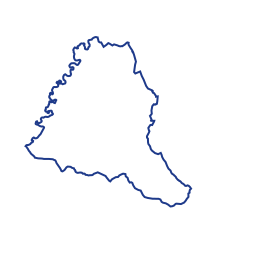 the district of Almas, Arad, Romania, rotated 301°
{"feature_id": "2599482B18318640394861", "entity_name": "Almas", "entity_type": "district", "adm_level": 2, "iso_a3": "ROU", "parent_name": "Romania", "parent_adm1": "Arad", "projection": "mercator", "projection_center": [22.225, 46.251], "detail": "fine", "context": "isolated", "style": "outline", "palette": "blue", "viewbox_px": 256, "rotation_deg": 301, "n_neighbors": 0, "source": "geoboundaries", "source_scale": "gbopen_adm2", "svg_char_len": 5658}
<svg xmlns="http://www.w3.org/2000/svg" viewBox="0 0 256 256"><g transform="rotate(301 128 128)"><path d="M108.5,213.3L109.4,211.3L109.7,209.8L109.5,208.6L108.4,207.8L107.9,206.9L108.4,205.3L108.6,203.7L108.5,203.0L108.6,202.1L109.0,201.2L109.3,200.2L109.0,199.4L109.4,198.1L109.2,197.6L110.0,195.1L110.6,194.4L111.0,193.0L111.1,192.2L111.5,190.9L111.4,189.7L112.0,188.1L113.4,186.4L114.0,183.6L115.5,181.2L118.2,177.7L119.2,174.8L120.7,172.3L122.4,170.5L123.5,168.9L121.1,167.3L120.4,164.1L121.0,160.0L121.8,158.3L123.7,156.3L124.8,153.7L126.0,152.6L129.2,150.5L129.5,149.3L130.7,148.5L134.6,148.3L136.3,148.0L136.8,147.1L138.5,145.4L139.0,145.4L142.0,145.6L142.6,146.2L143.0,147.2L147.0,147.0L147.7,146.8L146.1,144.1L146.3,143.8L146.8,143.8L147.1,144.2L149.7,140.6L151.5,141.0L152.5,141.0L155.1,139.1L159.1,137.6L159.7,137.6L161.6,137.9L161.8,138.9L162.4,139.1L162.4,139.6L163.6,140.3L166.1,139.3L170.4,137.2L169.3,135.9L169.8,135.6L171.3,132.4L171.1,131.2L171.6,130.8L171.7,130.1L172.5,130.1L172.7,129.3L172.1,124.8L173.4,121.9L177.5,116.5L179.7,113.0L182.7,109.3L178.5,106.2L179.1,104.4L185.9,101.5L189.0,100.6L193.8,95.5L195.4,93.6L195.2,93.4L195.6,92.6L195.9,92.8L196.7,91.6L197.9,89.0L199.7,85.6L200.8,84.8L201.4,84.6L201.2,83.8L201.0,83.3L199.8,82.8L197.9,82.3L195.2,81.0L195.1,80.6L194.2,79.6L193.8,78.8L193.5,77.8L193.4,76.5L192.5,73.0L190.7,72.1L190.8,68.9L190.6,67.4L187.9,66.6L185.0,65.3L187.5,61.0L187.4,60.9L186.9,59.8L186.9,59.2L187.0,58.3L190.0,55.3L189.7,54.9L189.5,53.7L188.7,52.8L187.4,51.9L186.1,51.4L185.1,51.4L183.3,49.3L182.8,49.1L182.3,49.1L181.1,49.9L180.5,50.7L179.8,52.1L178.4,52.9L177.7,52.9L177.3,52.6L176.8,52.5L175.2,53.0L174.3,52.6L173.7,51.1L173.7,50.6L173.9,50.2L174.6,49.9L175.5,49.0L176.1,47.8L177.1,47.7L177.7,47.4L177.8,47.1L177.8,46.5L177.1,45.9L176.8,45.4L176.7,44.8L175.7,43.9L174.3,43.9L173.5,43.6L173.2,43.3L172.0,42.8L171.5,42.9L170.9,43.8L170.6,44.0L170.3,43.8L169.9,43.3L169.8,41.8L169.6,40.9L168.3,40.7L167.0,40.8L166.4,41.1L165.9,41.9L164.9,42.4L164.5,43.2L163.9,44.0L162.5,44.4L161.1,45.0L159.9,46.1L159.1,47.5L159.0,48.3L159.6,49.5L160.5,50.4L161.3,51.1L161.6,51.6L161.4,52.3L161.0,52.6L160.5,52.7L157.2,52.6L156.4,52.5L156.1,52.3L155.7,51.4L155.9,50.2L156.0,49.0L155.7,48.2L154.4,46.3L153.8,45.9L152.3,45.6L151.3,45.6L150.7,46.1L150.1,47.2L150.3,47.8L151.5,48.9L151.7,49.3L151.7,50.0L151.5,50.3L150.4,50.9L149.8,50.9L149.3,50.3L149.2,50.1L149.3,49.9L149.0,49.4L148.6,49.1L147.9,49.0L146.7,49.7L145.7,50.5L144.9,51.4L143.5,51.7L143.1,51.6L142.8,51.4L142.0,50.5L141.5,49.3L141.5,48.2L141.7,47.4L141.7,46.5L140.5,45.9L138.8,46.0L138.2,46.3L136.9,47.2L136.2,48.2L136.2,49.1L135.9,50.2L135.1,50.9L133.9,51.2L131.9,49.5L131.8,49.1L132.1,47.6L131.9,47.3L131.3,47.2L131.0,46.8L131.1,46.6L131.6,46.5L132.1,46.9L133.5,46.6L133.6,45.4L133.3,44.8L132.3,44.6L131.8,44.8L131.5,44.7L131.4,44.0L131.1,43.5L130.3,43.4L130.0,43.5L129.9,43.8L129.9,44.7L129.2,45.9L128.1,46.5L127.5,46.5L127.0,46.3L126.1,45.4L125.3,43.9L124.7,43.2L124.3,43.1L121.9,43.2L121.3,43.4L120.8,43.8L120.0,45.0L119.2,45.8L118.7,46.0L118.0,45.9L117.8,45.6L118.4,44.1L118.3,43.6L117.6,43.3L117.4,43.3L116.6,43.8L116.2,44.2L115.0,44.1L114.1,44.4L113.5,45.0L113.4,45.7L112.8,46.5L112.7,47.4L112.5,48.2L112.5,49.0L112.8,49.7L114.7,50.8L115.0,51.3L115.1,51.6L115.0,52.1L114.5,52.3L113.8,52.1L112.6,52.5L111.7,52.5L111.5,51.8L111.7,50.5L111.3,49.8L110.6,49.0L110.8,48.3L110.6,47.6L110.4,47.1L109.7,47.1L109.3,47.4L109.3,47.7L107.7,47.9L107.7,48.1L107.5,48.3L106.5,48.1L105.3,48.5L104.4,48.3L103.7,47.4L103.3,47.1L102.3,47.5L101.8,47.9L101.1,47.8L100.5,47.9L100.0,48.4L99.8,48.8L99.8,49.1L99.8,49.3L100.5,50.2L100.5,50.3L99.6,51.1L99.6,51.8L99.7,52.0L100.1,52.3L100.9,52.2L101.0,51.9L101.0,51.4L101.3,51.2L101.5,51.2L101.9,51.4L102.1,51.8L103.0,52.8L103.3,53.2L103.3,53.4L103.3,53.8L103.0,54.2L102.1,54.7L101.9,55.1L101.8,55.8L101.5,56.3L101.1,56.5L100.1,56.2L98.5,54.8L98.0,54.8L96.7,54.1L96.1,53.5L95.6,52.6L95.5,52.0L95.0,51.3L94.1,50.6L93.4,50.3L92.9,49.1L92.3,48.6L91.2,48.5L90.4,49.0L89.8,50.2L89.4,50.5L88.6,50.6L86.9,49.7L86.1,48.9L86.0,48.3L86.2,47.6L86.9,46.6L86.5,46.2L86.1,46.0L84.6,46.4L84.1,46.6L83.9,46.9L83.9,47.8L84.2,48.5L84.3,49.1L84.3,51.7L84.5,52.2L84.6,52.9L85.4,54.1L85.5,54.7L85.4,55.6L85.0,55.9L77.8,56.2L77.2,56.2L76.8,55.9L73.0,55.4L71.9,54.6L71.5,54.0L71.3,53.7L71.2,53.2L71.4,52.8L71.3,52.1L70.6,51.7L69.9,51.5L68.2,51.6L67.9,51.8L67.8,52.1L68.1,52.7L68.1,53.3L67.3,53.6L66.6,53.5L65.7,52.8L64.7,52.6L63.8,52.5L62.3,51.5L61.0,49.8L59.7,49.6L59.7,50.3L58.9,52.0L58.7,52.6L57.5,54.6L56.7,56.9L56.3,57.4L55.9,58.6L55.6,60.9L55.4,61.4L55.4,62.1L54.8,63.2L54.6,63.4L55.7,66.6L57.5,70.0L58.2,71.9L60.7,76.0L61.5,77.7L61.9,78.4L62.5,79.7L62.5,80.6L62.8,82.3L62.3,83.3L61.1,84.8L58.5,90.6L56.8,93.2L57.1,94.2L59.2,95.2L62.5,95.5L63.8,96.1L64.0,96.4L65.2,98.9L65.0,100.2L65.4,101.9L65.6,102.4L64.8,103.4L64.7,104.3L64.4,104.8L63.7,105.2L63.4,105.9L63.4,107.1L63.7,108.1L64.9,109.5L65.4,110.2L65.5,110.8L65.9,111.3L65.6,113.0L66.2,113.6L66.5,114.3L66.4,114.9L66.0,115.7L66.7,117.2L67.0,118.6L67.8,119.5L69.1,121.5L69.9,122.0L71.1,122.3L74.4,124.9L74.6,126.7L75.3,133.5L74.6,135.0L73.1,139.0L73.1,140.3L75.8,140.7L79.5,142.8L80.9,144.7L82.9,145.0L84.8,146.2L86.3,147.3L87.2,149.5L85.4,151.0L85.1,153.3L83.2,155.3L82.1,157.6L83.1,158.6L83.2,159.9L81.5,162.1L80.0,165.0L80.2,168.7L80.9,171.1L78.3,175.2L77.4,177.8L78.2,180.9L80.0,185.4L83.1,190.8L83.4,192.6L82.0,194.9L82.0,196.5L82.9,199.2L83.0,201.8L82.6,204.8L83.7,206.2L85.1,207.3L86.1,207.5L87.6,208.0L88.2,208.7L90.1,212.6L93.0,214.5L95.5,214.9L97.4,214.9L100.1,215.3L102.9,213.5L104.3,214.1L105.2,213.4L106.9,212.9L108.5,213.3Z" fill="none" stroke="#1e3a8a" stroke-width="2"/></g></svg>